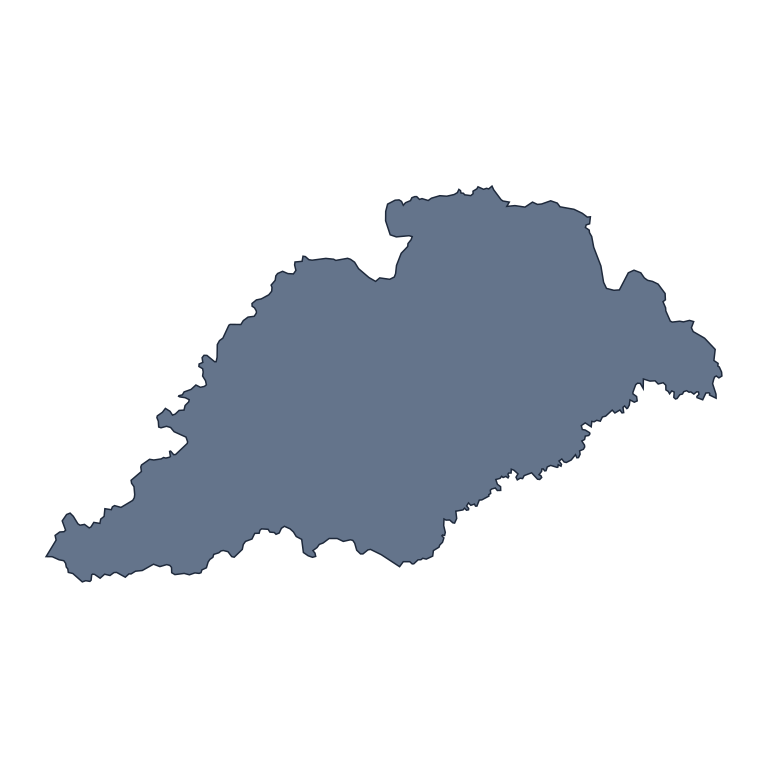 Soavinandriana, Itasy, Madagascar
{"feature_id": "10022922B59328070281510", "entity_name": "Soavinandriana", "entity_type": "district", "adm_level": 2, "iso_a3": "MDG", "parent_name": "Madagascar", "parent_adm1": "Itasy", "projection": "albers", "projection_center": [46.563, -19.219], "detail": "fine", "context": "isolated", "style": "filled", "palette": "slate", "viewbox_px": 768, "rotation_deg": 0, "n_neighbors": 0, "source": "geoboundaries", "source_scale": "gbopen_adm2", "svg_char_len": 6100}
<svg xmlns="http://www.w3.org/2000/svg" viewBox="0 0 768 768"><path d="M721.9,376.0L721.6,372.1L719.3,367.0L717.8,366.0L718.1,363.4L713.9,360.5L715.2,349.4L704.6,338.2L693.2,331.6L691.4,327.8L693.7,321.6L689.5,320.4L683.4,321.9L679.7,321.2L672.3,322.1L670.3,321.1L665.8,310.9L665.6,307.8L663.0,301.7L665.4,299.8L665.1,293.5L658.1,284.1L652.5,281.4L647.6,280.3L644.3,277.9L640.8,272.8L634.0,270.2L628.3,272.8L619.4,289.9L613.9,290.3L606.5,288.4L603.6,282.3L600.9,266.0L593.7,247.2L591.7,236.5L589.5,232.7L589.2,230.1L585.4,227.5L586.2,224.9L589.6,223.8L590.4,216.8L587.3,217.1L582.3,213.3L574.0,209.3L560.0,206.8L557.3,203.1L550.7,200.8L541.6,204.0L537.4,204.4L532.5,202.1L525.0,207.1L514.9,205.6L506.8,206.4L509.3,202.1L503.0,201.0L501.1,199.7L493.7,189.8L492.0,186.1L488.7,188.9L486.5,188.3L483.6,189.3L478.0,186.8L476.9,188.8L473.0,191.2L473.1,193.7L470.8,195.6L464.6,194.8L463.5,193.3L461.0,193.0L460.5,190.6L458.9,189.4L457.4,192.6L454.2,194.5L446.8,196.2L439.8,195.7L431.4,198.2L428.2,200.5L422.0,198.6L419.5,199.4L416.7,196.6L414.8,196.6L411.9,197.7L410.5,200.6L405.5,202.7L403.3,205.3L401.5,201.4L399.1,199.9L395.1,200.2L387.6,204.1L385.7,211.4L385.6,220.8L390.2,234.8L396.3,236.9L409.1,235.7L412.2,236.6L411.1,239.7L408.0,243.5L407.7,246.5L401.2,253.3L396.5,265.4L395.6,273.6L394.3,277.0L389.7,279.3L379.7,277.9L375.6,281.4L368.9,277.5L358.5,268.6L354.6,262.2L350.5,259.3L347.6,258.3L335.8,260.4L333.6,259.2L325.8,258.4L312.1,260.2L308.9,259.7L305.4,256.6L303.0,256.2L302.1,261.3L295.0,262.0L294.6,264.9L295.9,270.4L293.4,273.9L287.9,273.6L282.6,271.3L277.6,273.5L275.8,275.9L275.2,280.3L271.1,285.1L272.0,287.4L271.7,291.2L268.8,294.8L261.2,298.9L256.4,299.9L252.0,303.5L252.1,306.2L254.5,307.8L256.3,310.9L256.4,313.0L254.2,316.3L248.0,317.1L243.3,320.6L240.9,324.5L230.2,324.4L228.9,325.2L222.9,338.1L219.5,340.6L217.3,344.6L217.1,357.3L216.1,361.7L214.6,361.7L206.9,355.4L204.0,355.3L202.1,357.7L202.8,362.4L199.1,364.0L198.9,366.5L202.6,368.7L203.2,372.0L202.6,376.0L205.5,380.7L206.4,384.8L204.4,386.4L200.4,387.3L195.9,385.0L191.1,389.4L184.1,391.9L182.4,394.8L178.9,395.7L178.6,396.3L179.8,396.9L185.2,397.7L189.2,399.7L188.7,401.9L185.1,405.5L184.0,410.1L179.1,410.4L175.2,414.1L172.5,415.1L170.0,411.3L165.4,408.4L162.4,412.3L157.3,415.9L156.9,417.7L158.3,421.1L158.7,427.0L161.0,427.8L166.5,426.3L170.6,427.5L174.1,431.7L186.0,437.1L187.6,441.8L187.3,443.4L175.6,454.5L173.7,454.7L170.6,451.1L169.6,451.4L170.4,456.5L169.5,457.2L165.8,458.1L163.6,457.5L161.2,458.9L153.8,460.0L149.6,459.3L141.5,465.0L140.8,467.0L141.4,471.5L131.1,480.3L131.6,483.3L134.0,486.7L134.7,494.6L134.3,497.7L132.7,500.4L121.0,507.4L114.5,505.6L112.4,506.9L111.3,509.7L104.9,508.7L104.1,516.4L100.7,519.1L99.9,523.4L93.8,522.4L91.0,526.9L89.2,527.9L84.5,524.4L80.0,525.2L77.9,523.8L73.3,516.3L70.1,513.1L66.6,514.5L62.2,520.9L65.6,530.2L64.0,531.7L59.7,532.0L55.1,535.4L56.1,540.1L46.1,556.6L52.2,556.7L59.1,559.8L63.8,560.7L65.6,563.3L66.3,567.1L67.8,568.9L68.3,572.4L72.8,573.5L82.3,581.9L85.7,580.7L89.9,581.4L91.1,580.2L91.7,574.8L92.6,574.1L94.6,574.4L100.1,578.2L104.6,574.2L110.0,575.5L113.9,572.6L116.6,572.4L125.3,577.2L128.9,573.9L131.1,573.9L135.5,571.2L142.3,570.5L153.5,564.2L159.9,566.6L166.7,564.6L169.8,565.4L171.5,567.4L171.7,572.7L174.9,574.6L184.2,573.4L189.4,574.8L194.9,572.9L199.1,573.4L201.0,572.7L201.9,569.9L206.4,567.8L208.1,562.1L209.9,559.4L212.9,557.3L213.7,554.4L218.8,552.8L221.1,550.9L223.4,550.5L228.0,551.7L231.7,556.6L234.2,557.2L242.3,549.4L243.3,544.5L245.5,541.4L252.0,539.0L254.7,533.4L259.2,533.2L259.9,530.3L261.5,528.9L268.1,529.3L269.9,532.1L274.3,532.5L276.0,534.3L279.2,533.0L281.4,528.3L284.4,526.3L290.0,528.8L293.5,532.0L296.2,536.5L301.7,539.4L303.4,552.5L308.2,555.8L312.5,557.3L315.7,556.4L315.0,553.1L312.9,550.6L317.0,547.6L319.3,544.4L323.1,543.0L329.1,538.5L337.2,538.5L343.3,541.4L350.4,539.8L352.8,540.4L354.7,543.2L356.7,550.2L360.5,553.9L363.0,553.9L367.9,549.9L370.5,549.4L381.3,554.7L399.6,566.7L403.3,561.7L409.8,561.7L412.2,563.9L413.8,563.8L418.1,559.8L420.9,559.7L422.8,558.3L426.3,559.1L432.7,556.1L433.4,550.6L439.0,547.2L439.7,545.1L442.5,542.3L443.9,537.9L441.9,535.8L442.5,535.0L444.6,535.4L445.3,532.4L443.7,525.6L444.0,519.0L446.0,520.1L449.7,520.0L452.8,522.8L454.6,523.1L456.7,518.5L455.8,511.2L463.0,509.9L464.5,508.2L466.5,510.2L468.5,509.8L468.7,508.5L466.6,505.9L468.5,502.9L470.8,505.3L474.4,504.1L475.5,506.1L476.9,506.1L479.3,500.1L481.8,499.9L488.9,496.1L488.8,494.6L490.7,493.5L490.3,490.2L491.7,489.0L495.3,488.0L497.3,490.5L500.7,490.4L500.6,486.7L497.4,484.3L495.8,479.5L500.0,478.4L501.7,476.3L503.1,477.5L505.9,476.4L508.0,477.9L508.8,476.4L507.9,474.2L508.6,473.1L511.1,473.0L511.3,469.2L513.9,470.2L518.0,473.9L516.0,477.2L517.3,479.9L520.2,478.2L522.6,478.6L524.2,475.6L531.6,472.8L537.5,479.2L539.7,479.5L541.7,477.5L541.0,475.8L539.0,474.7L541.6,471.4L541.9,469.0L543.2,468.9L544.7,470.9L546.0,470.7L547.3,466.9L550.7,465.4L557.1,467.4L557.9,467.1L558.2,464.8L561.0,466.2L561.5,464.3L559.0,461.0L561.8,459.0L564.1,462.0L566.3,462.5L571.2,460.0L575.5,454.7L576.9,457.8L578.5,457.6L580.1,454.2L579.6,450.9L583.4,449.3L584.7,447.0L584.5,445.1L581.8,441.0L584.6,439.5L585.3,436.1L588.7,435.5L589.9,433.9L589.6,432.7L585.2,430.0L582.3,429.5L581.3,425.6L585.2,422.9L591.2,426.8L591.8,421.4L594.1,421.8L596.7,420.3L600.3,421.2L602.4,417.0L605.7,416.1L612.2,410.1L614.9,413.0L619.9,410.0L622.0,412.9L623.7,412.6L623.0,407.3L624.6,406.0L626.8,408.6L627.6,408.2L629.3,405.1L630.0,399.9L634.3,402.2L637.2,400.9L636.6,396.5L633.0,393.9L632.9,392.4L635.7,384.7L637.5,383.2L640.3,383.4L643.2,388.5L643.4,379.0L650.0,381.1L655.1,380.8L658.2,384.0L663.2,382.7L665.8,385.2L665.9,389.9L668.2,391.4L669.6,393.8L671.8,390.9L674.2,392.1L673.8,397.4L675.5,399.0L677.1,398.5L679.8,394.7L682.5,394.0L683.7,391.7L686.6,390.7L689.0,392.2L690.8,391.9L693.9,394.1L696.7,391.8L698.5,392.0L698.9,394.4L696.9,396.4L697.0,397.6L702.7,399.8L705.9,393.0L708.9,392.8L709.7,393.4L709.5,395.0L716.1,398.2L716.0,394.2L712.6,383.7L713.7,379.3L714.6,377.0L716.3,376.0L718.9,377.9L721.9,376.0Z" fill="#64748b" stroke="#1e293b" stroke-width="1.5"/></svg>